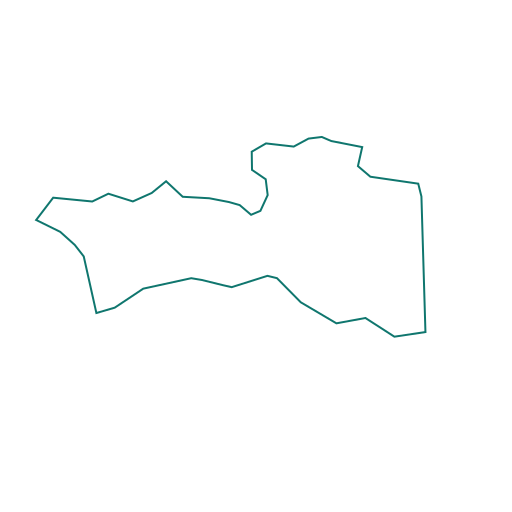 the district of Goochland, Virginia, United States of America, rotated 152°
{"feature_id": "52423323B67419476336365", "entity_name": "Goochland", "entity_type": "district", "adm_level": 2, "iso_a3": "USA", "parent_name": "United States of America", "parent_adm1": "Virginia", "projection": "equal_earth", "projection_center": [-77.893, 37.734], "detail": "fine", "context": "isolated", "style": "outline", "palette": "teal", "viewbox_px": 512, "rotation_deg": 152, "n_neighbors": 0, "source": "geoboundaries", "source_scale": "gbopen_adm2", "svg_char_len": 715}
<svg xmlns="http://www.w3.org/2000/svg" viewBox="0 0 512 512"><g transform="rotate(152 256 256)"><path d="M78.8,243.7L117.8,272.3L123.8,287.5L111.1,302.3L135.6,322.2L142.0,330.2L154.5,335.0L171.3,334.9L194.3,350.7L210.8,350.1L219.1,333.9L211.4,319.2L217.1,304.3L230.9,293.8L241.0,294.7L246.5,308.6L254.5,316.3L270.1,328.9L292.9,342.7L300.3,364.2L318.5,360.6L339.1,362.0L357.1,380.3L375.0,381.0L407.7,402.7L433.2,391.0L417.5,369.2L410.8,350.8L408.3,336.5L423.7,280.6L405.0,276.7L370.9,280.1L323.6,266.8L315.0,260.2L299.4,246.2L292.1,239.9L255.2,233.1L247.9,226.6L238.2,194.1L216.6,158.8L188.5,149.9L184.7,143.1L171.7,119.8L142.1,109.3L82.0,230.9L78.8,243.7Z" fill="none" stroke="#0f766e" stroke-width="2"/></g></svg>